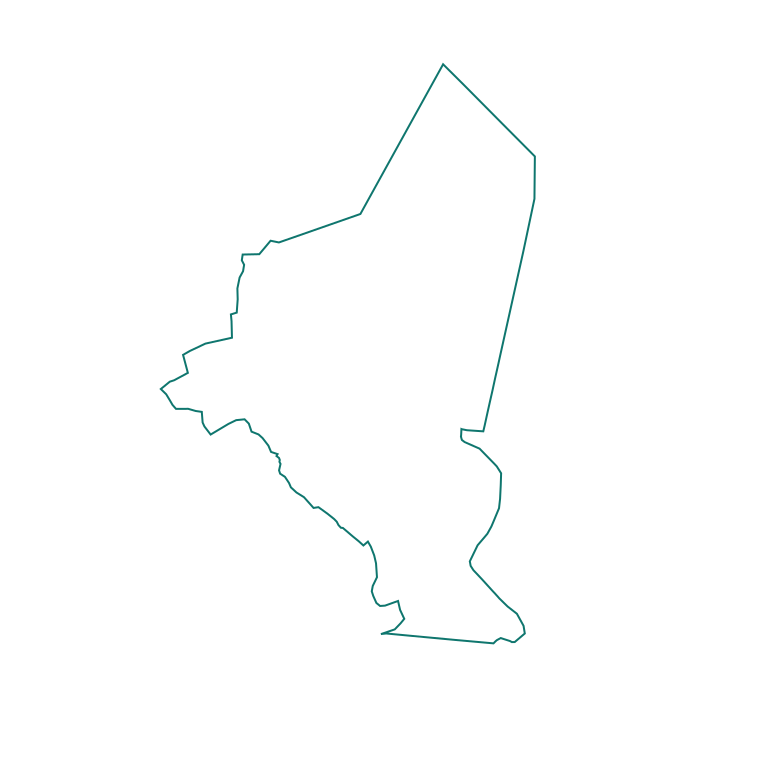 Um Algura, Gezira, Sudan, rotated 342°
{"feature_id": "16777658B57538989257512", "entity_name": "Um Algura", "entity_type": "district", "adm_level": 2, "iso_a3": "SDN", "parent_name": "Sudan", "parent_adm1": "Gezira", "projection": "natural_earth1", "projection_center": [33.822, 14.458], "detail": "fine", "context": "isolated", "style": "outline", "palette": "teal", "viewbox_px": 768, "rotation_deg": 342, "n_neighbors": 0, "source": "geoboundaries", "source_scale": "gbopen_adm2", "svg_char_len": 2047}
<svg xmlns="http://www.w3.org/2000/svg" viewBox="0 0 768 768"><g transform="rotate(342 384 384)"><path d="M539.0,98.2L538.8,98.4L490.0,144.0L453.1,178.5L414.1,215.0L327.8,216.9L320.4,212.7L305.5,222.0L289.6,217.2L287.0,222.4L287.8,227.4L284.8,233.2L279.6,238.1L274.1,247.8L271.0,258.3L266.0,270.6L259.9,270.5L258.4,277.2L253.7,293.0L226.6,290.4L209.5,292.6L201.9,294.2L200.9,312.8L185.6,315.6L181.0,315.6L170.2,319.8L173.7,326.5L175.4,333.8L176.4,338.5L178.5,343.4L190.1,347.1L196.6,351.5L202.1,354.2L199.6,364.6L200.1,368.9L203.5,378.5L223.7,373.9L232.2,372.7L240.5,374.5L243.2,379.9L243.3,388.4L249.1,393.2L251.8,397.9L255.0,406.9L255.6,413.7L261.1,417.8L259.5,419.3L261.3,421.9L261.4,424.1L260.5,425.7L260.9,428.0L257.5,433.7L257.5,437.2L261.1,441.7L263.1,448.9L263.5,453.5L267.2,460.1L271.4,465.1L272.9,466.9L278.7,480.1L283.6,480.9L290.3,490.1L294.9,497.1L296.5,500.4L297.1,504.1L298.6,507.4L300.4,508.2L307.4,519.6L311.4,525.8L314.5,531.2L320.0,528.9L321.2,534.6L321.7,544.0L321.0,552.1L317.6,565.6L310.9,572.6L308.3,577.4L308.3,582.3L309.1,589.9L311.7,593.9L316.5,595.1L330.3,594.7L329.5,603.8L330.7,613.6L325.7,616.8L318.4,620.7L303.8,620.9L305.6,621.2L305.9,621.3L308.9,621.9L332.0,631.9L372.6,649.4L408.0,664.5L410.3,663.3L412.1,662.5L416.5,661.7L424.4,667.4L425.9,669.0L428.6,669.8L440.8,664.8L442.0,657.1L439.4,643.6L432.8,633.8L427.4,623.5L426.4,621.1L425.8,619.8L424.7,617.3L423.6,615.0L422.2,611.9L416.7,599.7L411.5,588.7L410.2,583.7L410.5,581.6L410.8,579.2L418.0,571.7L423.2,566.3L432.8,560.4L436.0,558.4L442.1,552.7L446.1,548.1L455.0,537.7L458.9,529.1L463.8,516.2L467.8,505.1L465.8,497.2L464.2,493.8L454.9,475.0L442.8,464.2L440.8,461.3L440.8,460.8L440.8,460.4L440.8,460.2L440.9,458.4L440.9,458.0L441.0,457.9L441.0,457.7L441.3,457.0L441.7,456.1L443.7,450.8L443.8,450.9L448.6,453.6L460.3,458.3L463.8,459.7L466.9,454.6L473.4,443.5L478.6,434.7L485.1,423.8L491.5,412.8L495.6,405.9L499.5,399.3L503.3,392.8L557.8,300.4L584.3,254.4L597.8,214.2L576.6,172.3L552.5,124.5L539.0,98.2Z" fill="none" stroke="#0f766e" stroke-width="2"/></g></svg>